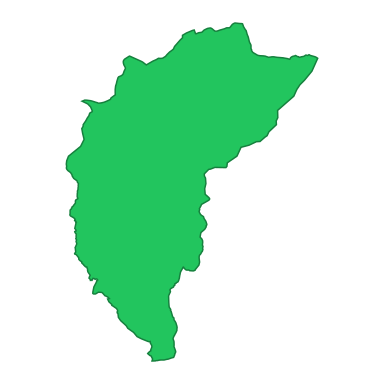 Bistra, Alba, Romania
{"feature_id": "2599482B44992285176007", "entity_name": "Bistra", "entity_type": "district", "adm_level": 2, "iso_a3": "ROU", "parent_name": "Romania", "parent_adm1": "Alba", "projection": "natural_earth1", "projection_center": [23.133, 46.419], "detail": "fine", "context": "isolated", "style": "filled", "palette": "green", "viewbox_px": 384, "rotation_deg": 0, "n_neighbors": 0, "source": "geoboundaries", "source_scale": "gbopen_adm2", "svg_char_len": 5832}
<svg xmlns="http://www.w3.org/2000/svg" viewBox="0 0 384 384"><path d="M168.3,359.1L171.3,358.0L173.6,357.4L174.6,355.1L174.9,353.9L174.8,353.5L175.4,352.9L175.6,352.3L175.5,351.8L175.7,351.4L173.9,346.3L174.1,345.3L174.0,341.8L173.6,340.3L173.1,339.1L173.1,338.4L173.9,336.1L174.4,335.7L174.7,334.8L175.9,332.7L176.9,330.4L176.9,329.0L177.1,327.6L176.9,326.2L175.9,322.9L175.1,321.4L174.1,320.0L174.0,319.6L173.9,318.1L173.7,317.7L172.7,316.9L171.1,311.3L170.5,310.4L170.7,309.8L170.6,309.3L169.3,307.3L169.1,306.5L168.8,302.5L168.6,296.2L168.8,295.3L170.0,292.7L170.4,291.8L170.4,291.2L169.9,290.0L170.0,289.7L170.6,288.8L171.7,288.0L172.8,287.5L173.5,287.0L173.7,286.6L173.8,285.9L174.6,285.3L174.9,285.0L174.8,283.9L175.0,283.7L176.2,283.1L176.6,282.5L177.8,282.0L178.2,281.4L178.7,280.3L179.0,279.3L179.3,278.5L179.8,275.3L180.1,274.1L180.2,273.3L180.7,271.6L181.1,271.0L181.3,270.5L181.8,269.8L183.0,267.3L183.4,267.1L183.7,267.3L184.1,268.2L184.6,268.7L186.0,269.9L186.9,270.1L188.7,270.0L189.0,270.1L189.5,270.6L190.1,270.7L193.1,270.9L193.9,270.8L194.5,270.4L195.0,270.3L195.6,269.2L198.9,265.1L199.6,262.1L199.1,257.9L199.2,256.2L199.6,255.1L200.6,254.1L201.7,252.1L202.4,251.2L202.9,249.4L202.6,248.5L203.0,246.3L202.4,245.2L202.7,242.3L202.6,240.7L201.8,238.9L200.1,237.1L200.6,234.0L201.0,232.5L204.7,229.3L206.0,227.2L206.2,226.6L206.0,226.0L206.8,224.9L206.8,224.2L206.0,221.7L205.7,221.0L203.9,218.3L203.7,217.1L203.3,216.5L201.6,215.4L200.5,214.4L199.6,212.8L199.1,211.5L199.7,209.5L199.5,209.1L199.4,208.6L200.8,206.1L201.5,204.4L208.7,200.3L209.5,199.5L209.6,198.6L208.9,197.6L205.2,194.3L204.7,188.7L205.9,183.6L205.5,178.1L204.4,176.0L204.3,173.9L208.7,169.4L210.5,169.1L214.9,167.4L225.9,167.6L226.9,166.4L227.3,162.8L237.0,156.1L241.0,147.3L249.0,145.2L256.4,141.7L260.0,141.5L264.9,137.2L267.1,135.7L268.9,131.8L274.1,126.9L276.4,124.7L276.2,120.9L277.8,117.7L277.6,110.4L293.8,96.2L296.8,89.5L300.0,84.7L304.5,80.2L311.9,71.2L317.7,58.3L316.4,57.4L314.9,56.7L310.2,55.4L309.3,54.8L309.0,54.7L307.7,55.5L306.1,55.1L305.5,55.2L304.5,56.0L303.6,56.4L301.3,56.8L299.8,57.3L299.2,57.3L298.6,56.7L297.5,56.6L295.8,55.6L295.3,55.5L294.6,56.0L293.1,56.2L291.6,56.9L290.6,57.7L289.9,59.1L289.6,59.3L287.5,58.6L282.9,57.8L276.8,57.3L273.7,56.8L272.1,56.8L268.7,57.3L267.4,56.9L265.1,56.1L263.4,55.9L259.8,55.7L257.7,55.3L253.1,52.6L252.5,52.0L251.9,51.1L251.6,50.4L251.6,49.7L251.0,48.6L251.0,45.6L250.8,44.7L249.5,42.2L249.1,40.7L248.3,37.2L247.1,34.2L246.3,31.2L246.1,30.6L245.1,29.3L243.6,26.8L242.6,24.0L242.5,23.8L241.9,23.6L239.5,23.5L235.1,23.0L234.3,23.2L232.4,24.3L230.3,27.0L229.6,27.7L228.9,27.8L227.2,27.8L226.4,27.9L224.4,28.8L219.5,30.2L217.1,31.1L215.8,31.2L214.8,31.0L213.9,30.3L211.9,28.6L210.7,28.0L210.0,28.0L207.6,28.4L205.0,29.6L203.8,30.3L202.5,31.7L201.7,32.3L198.8,32.7L196.0,33.8L195.5,33.6L194.2,30.0L192.6,30.4L186.4,33.0L182.5,35.3L182.5,37.8L180.2,40.0L174.7,46.3L174.4,46.8L173.4,49.1L172.1,50.2L169.6,52.0L167.0,54.6L165.5,56.4L162.6,58.2L162.0,58.3L160.4,58.4L158.4,58.3L156.3,59.6L152.9,61.1L146.3,64.9L142.7,62.1L141.4,61.4L130.1,56.3L129.5,56.1L128.9,56.4L124.7,59.1L124.2,59.6L123.5,60.7L123.3,61.3L123.3,62.3L123.4,63.2L123.9,64.9L125.3,67.6L125.4,68.2L125.2,69.0L124.1,71.2L123.3,73.5L122.9,74.4L121.9,75.3L121.1,75.8L118.7,76.8L118.0,77.7L116.9,81.3L116.4,83.6L115.6,86.0L115.2,89.5L115.2,92.9L115.3,94.8L111.1,97.9L110.8,98.3L110.6,99.2L110.4,99.4L107.8,100.7L104.2,102.2L101.3,102.9L98.7,103.2L98.2,103.1L97.1,102.6L95.9,102.3L92.2,101.1L90.6,100.7L86.9,100.2L84.8,100.1L82.1,101.2L87.7,103.9L90.6,106.9L92.3,111.0L92.0,111.8L90.0,112.9L89.3,114.2L89.1,115.4L87.3,118.0L85.8,120.8L83.2,124.6L83.1,126.4L81.8,128.6L82.6,133.2L84.1,139.4L80.6,146.4L75.9,150.2L68.5,156.2L66.7,160.8L66.3,164.1L66.6,166.0L66.6,166.8L66.4,167.8L66.5,168.6L66.8,169.2L67.8,170.5L70.6,172.6L71.3,173.8L71.8,174.3L72.3,176.2L73.8,178.5L76.9,180.7L77.2,181.2L77.4,182.2L78.4,183.5L78.2,185.6L78.3,186.8L78.0,188.0L78.1,189.3L77.5,190.7L77.4,191.3L77.5,192.4L77.3,193.3L77.2,196.3L77.2,196.9L77.8,198.1L77.8,198.6L77.6,198.9L76.6,199.4L75.7,200.1L75.4,200.9L75.4,202.9L75.3,203.3L73.9,204.9L73.5,205.8L72.4,206.6L72.1,206.9L71.9,207.8L71.5,208.1L71.3,209.0L70.3,209.8L70.1,210.6L70.1,213.6L69.9,214.7L70.1,215.5L70.6,216.0L73.1,217.4L74.7,218.6L75.3,220.0L74.7,220.1L74.6,220.6L75.0,220.8L76.3,222.1L75.8,222.5L76.0,223.0L74.8,228.4L75.6,229.5L76.0,230.3L76.0,231.0L74.8,231.5L74.7,231.7L75.4,233.1L76.0,233.6L76.2,234.2L76.1,236.6L76.2,237.7L75.8,238.7L76.6,239.9L76.2,241.0L76.1,241.7L76.7,243.1L76.7,243.6L76.6,244.4L75.1,247.7L75.3,248.3L75.7,252.1L75.5,252.4L74.8,253.2L74.6,253.7L74.7,254.0L76.1,254.6L76.5,254.9L78.7,257.8L78.8,259.2L79.1,259.7L80.1,260.7L81.8,261.9L81.7,262.8L82.3,263.5L83.6,264.7L83.7,265.0L85.6,266.9L86.8,267.0L87.0,268.0L87.5,268.8L87.6,270.7L87.9,271.8L88.2,272.4L89.8,274.7L90.2,275.4L89.6,276.3L89.0,278.1L90.1,279.2L90.4,280.3L91.2,279.8L91.9,280.4L92.4,279.8L92.9,278.4L94.1,278.5L95.1,279.3L96.3,278.9L97.0,279.1L97.7,280.0L96.7,280.8L96.8,281.1L95.9,283.1L93.9,286.9L92.9,291.8L92.8,293.4L93.4,293.9L95.1,294.0L95.8,293.8L98.4,292.2L101.5,292.4L102.3,292.7L105.0,295.8L106.0,296.1L107.7,297.0L109.3,298.6L107.6,299.0L108.9,301.8L111.8,304.5L111.9,304.8L111.8,305.3L112.0,305.5L112.6,305.8L116.5,308.5L117.5,310.1L117.6,310.8L117.5,311.6L117.1,312.0L117.2,312.3L117.3,313.0L117.8,313.2L118.0,313.9L118.4,317.4L120.7,320.7L126.2,325.7L127.8,328.3L133.6,332.4L137.1,336.6L141.2,338.7L146.9,341.0L148.5,341.6L149.4,341.7L150.2,341.5L150.4,343.2L151.5,345.0L151.8,346.0L151.9,346.9L150.7,350.1L150.8,350.8L149.7,351.5L148.3,352.8L147.7,353.6L149.9,355.5L151.1,356.0L152.5,358.8L152.5,359.4L152.1,360.5L152.0,361.0L155.3,360.9L156.3,360.6L157.3,360.6L159.6,360.1L161.0,360.0L164.0,360.0L166.5,359.4L168.3,359.1Z" fill="#22c55e" stroke="#15803d" stroke-width="1.5"/></svg>